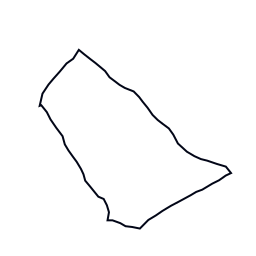 Vothylakas, Cyprus, rotated 149°
{"feature_id": "46923920B71614438662685", "entity_name": "Vothylakas", "entity_type": "district", "adm_level": 2, "iso_a3": "CYP", "parent_name": "Cyprus", "parent_adm1": "", "projection": "mercator", "projection_center": [34.194, 35.469], "detail": "fine", "context": "isolated", "style": "outline", "palette": "ink", "viewbox_px": 256, "rotation_deg": 149, "n_neighbors": 0, "source": "geoboundaries", "source_scale": "gbopen_adm2", "svg_char_len": 922}
<svg xmlns="http://www.w3.org/2000/svg" viewBox="0 0 256 256"><g transform="rotate(149 128 128)"><path d="M169.6,35.7L157.9,38.7L149.2,38.7L141.0,39.2L131.1,39.2L122.4,38.7L108.9,38.1L102.5,38.1L96.1,36.9L84.4,36.9L76.9,36.3L68.7,36.9L62.9,36.3L64.0,44.5L70.4,51.5L76.9,59.2L81.5,63.8L85.6,69.7L89.7,77.3L93.2,89.0L92.6,99.0L93.2,106.6L96.1,113.6L98.4,119.5L100.2,126.5L100.8,135.3L101.9,142.9L102.5,148.8L104.3,156.4L110.1,164.0L113.0,169.3L117.7,181.0L118.3,188.6L122.4,200.4L124.7,206.2L127.6,213.8L129.9,220.3L139.3,215.6L147.4,215.0L157.4,211.5L166.7,208.6L173.7,206.2L183.6,201.5L192.3,192.5L190.6,192.2L189.4,183.4L190.0,175.2L189.4,165.2L188.3,154.7L190.6,146.5L190.6,139.4L190.0,131.8L189.4,125.4L189.4,117.2L190.0,111.3L191.8,104.9L190.6,97.2L188.8,84.4L185.4,79.7L185.9,72.6L187.7,65.6L193.1,59.4L188.8,56.8L183.6,50.4L180.7,45.1L175.4,41.0L169.6,35.7Z" fill="none" stroke="#020617" stroke-width="2"/></g></svg>